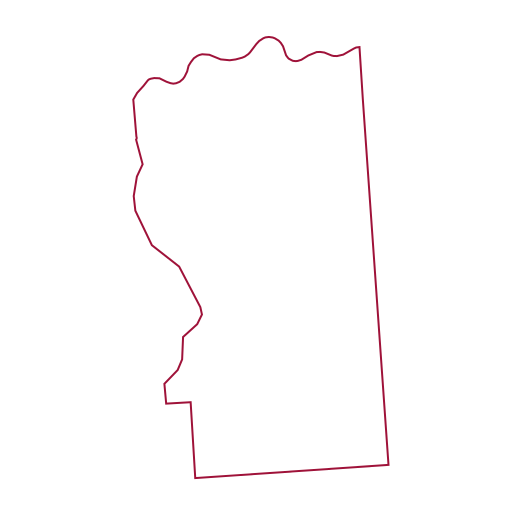 the district of Cass, Nebraska, United States of America, rotated 266°
{"feature_id": "52423323B68486838803795", "entity_name": "Cass", "entity_type": "district", "adm_level": 2, "iso_a3": "USA", "parent_name": "United States of America", "parent_adm1": "Nebraska", "projection": "natural_earth1", "projection_center": [-95.933, 40.925], "detail": "fine", "context": "isolated", "style": "outline", "palette": "rose", "viewbox_px": 512, "rotation_deg": 266, "n_neighbors": 0, "source": "geoboundaries", "source_scale": "gbopen_adm2", "svg_char_len": 1171}
<svg xmlns="http://www.w3.org/2000/svg" viewBox="0 0 512 512"><g transform="rotate(266 256 256)"><path d="M38.7,179.9L38.4,373.6L405.6,373.5L457.2,373.8L457.0,370.4L456.1,368.1L450.8,357.1L449.8,350.8L450.1,347.5L450.7,345.5L454.2,338.4L455.1,334.2L455.2,330.7L452.4,322.2L448.6,315.0L447.7,311.3L447.6,309.3L448.1,306.5L448.7,305.4L450.6,302.4L451.6,301.6L454.1,300.0L463.3,297.6L466.9,295.6L469.3,293.6L471.9,289.9L472.8,287.9L473.6,284.1L473.4,280.6L472.7,278.5L470.9,275.3L470.4,274.3L467.4,271.1L459.5,264.2L457.9,262.4L455.7,258.7L454.8,256.1L453.5,249.4L453.1,243.4L454.6,234.5L460.0,223.5L461.0,216.4L460.5,213.6L459.7,211.4L457.6,207.8L454.0,204.6L450.4,202.0L444.9,200.2L439.9,197.3L437.7,195.5L435.1,192.0L433.9,188.3L433.7,185.5L434.4,182.7L436.1,178.8L440.0,172.1L440.6,166.9L440.2,163.5L439.7,161.7L438.8,160.4L433.5,155.6L427.0,148.8L420.6,144.5L383.6,145.0L382.7,145.2L381.9,145.2L381.2,145.0L380.5,144.5L355.4,149.3L343.5,142.7L324.3,138.2L309.6,138.8L274.0,152.9L250.8,178.6L208.9,196.9L201.4,198.0L192.1,192.6L180.3,177.6L158.0,175.1L147.7,169.9L134.9,155.7L115.0,156.1L114.7,180.6L38.7,179.9Z" fill="none" stroke="#9f1239" stroke-width="2"/></g></svg>